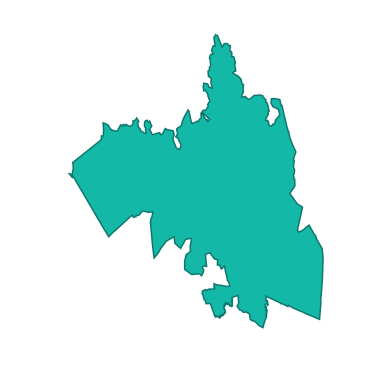 the district of Annenieku pag., Dobele, Latvia, rotated 79°
{"feature_id": "27541924B50154726334308", "entity_name": "Annenieku pag.", "entity_type": "district", "adm_level": 2, "iso_a3": "LVA", "parent_name": "Latvia", "parent_adm1": "Dobele", "projection": "equal_earth", "projection_center": [23.093, 56.636], "detail": "fine", "context": "isolated", "style": "filled", "palette": "teal", "viewbox_px": 384, "rotation_deg": 79, "n_neighbors": 0, "source": "geoboundaries", "source_scale": "gbopen_adm2", "svg_char_len": 6010}
<svg xmlns="http://www.w3.org/2000/svg" viewBox="0 0 384 384"><g transform="rotate(79 192 192)"><path d="M154.2,305.6L209.7,286.1L220.0,282.3L216.6,277.4L215.3,275.0L203.3,255.2L205.7,254.3L205.5,253.3L205.6,251.7L204.4,251.4L204.2,250.4L204.7,249.9L204.8,248.8L203.8,247.2L203.0,246.7L201.3,243.8L203.6,238.6L204.1,234.3L209.0,236.1L209.7,237.0L213.9,238.6L237.7,241.0L249.5,241.8L245.8,237.2L240.8,232.8L235.3,226.5L232.4,218.1L239.1,218.6L245.2,213.9L237.2,207.2L237.3,202.8L237.6,201.5L239.2,201.9L245.4,204.3L249.9,204.8L252.4,209.6L258.1,212.3L266.5,214.0L272.9,208.1L273.3,204.9L273.7,200.2L276.0,198.6L273.4,196.5L270.8,195.3L268.0,196.4L266.7,195.1L267.8,191.8L261.0,191.3L255.6,190.6L255.1,186.1L262.0,182.7L263.3,179.8L268.5,181.0L269.2,178.8L273.1,177.9L272.7,176.6L270.8,175.1L270.8,174.2L275.8,174.3L283.1,173.9L285.4,174.1L287.6,173.1L290.3,172.7L291.5,173.0L291.3,176.0L289.3,180.8L288.3,184.1L287.5,186.0L286.3,187.9L287.4,187.9L289.2,188.6L289.9,188.1L291.1,188.1L291.3,189.9L290.6,193.7L290.9,195.0L291.2,195.3L291.5,196.9L290.4,197.1L291.2,200.6L293.6,201.4L294.7,201.0L300.0,200.6L300.6,199.9L304.4,199.4L304.6,196.9L305.4,195.2L318.1,193.3L318.2,193.0L318.7,192.9L318.3,192.6L318.7,192.4L318.6,192.1L319.2,191.7L318.8,190.8L319.1,190.7L319.2,190.2L319.9,190.0L319.9,189.5L320.9,189.0L320.5,188.5L320.5,188.2L319.6,187.9L319.2,188.2L318.5,188.0L318.5,187.8L319.4,187.1L318.2,186.4L319.0,185.8L318.2,185.4L318.9,184.8L318.0,183.9L317.0,183.4L317.2,183.0L316.5,183.1L316.4,182.6L316.6,182.4L316.4,182.1L313.9,182.1L312.6,182.8L311.9,182.5L310.9,182.7L310.5,182.1L310.5,181.8L309.2,181.8L309.2,181.3L308.6,181.4L309.0,180.8L307.8,180.7L308.0,180.3L307.6,180.3L307.6,180.0L307.8,179.9L308.4,179.9L308.5,179.7L308.4,179.5L307.8,179.5L308.5,178.9L308.1,178.4L309.0,178.5L309.3,178.1L309.1,177.8L309.3,177.5L308.7,177.6L308.6,177.4L310.3,176.7L310.8,176.8L310.9,176.1L311.9,175.4L311.7,174.3L311.2,173.9L310.1,174.1L309.3,173.7L307.9,173.6L307.7,173.6L307.4,174.2L306.7,174.2L306.4,173.9L306.9,173.6L306.8,173.3L304.8,172.7L304.4,173.0L303.5,173.0L303.1,172.2L302.3,166.6L310.2,167.4L312.7,169.5L316.7,167.8L317.4,166.4L320.0,164.4L320.1,161.7L321.1,160.8L322.4,158.8L328.3,159.1L330.3,156.8L330.1,155.9L332.9,153.6L335.9,151.7L338.7,148.3L332.5,145.2L329.0,142.8L328.2,142.5L328.0,142.9L326.8,143.1L326.8,142.4L326.1,141.9L325.7,142.0L324.5,141.6L324.2,141.9L324.8,142.2L324.1,142.2L323.5,141.2L322.9,141.3L322.7,140.9L321.7,141.1L321.8,142.2L321.3,142.1L320.2,141.0L318.8,141.1L318.9,141.5L319.2,141.8L318.6,142.3L318.1,141.8L316.2,141.5L316.2,140.9L315.9,139.9L316.3,139.5L317.6,139.3L317.4,138.9L316.7,138.7L316.2,139.2L315.7,139.3L315.0,139.1L314.9,138.8L314.6,138.6L313.6,139.4L313.1,138.9L312.5,140.0L311.9,139.8L311.4,140.0L309.9,139.4L308.4,139.3L317.5,126.8L318.2,126.3L317.9,126.2L322.7,119.6L321.7,118.9L325.7,114.2L331.9,104.9L333.9,102.5L333.8,102.4L334.0,102.0L341.4,91.1L327.1,87.1L324.4,86.5L322.7,86.4L317.8,84.8L302.7,80.7L282.0,76.0L272.7,75.0L261.7,78.7L258.1,79.1L256.6,80.2L246.8,83.4L248.8,87.4L249.5,88.1L251.1,91.9L251.3,91.9L251.5,95.3L250.4,95.4L249.6,95.8L227.9,86.4L223.7,91.0L212.5,96.1L212.0,96.0L209.9,94.1L207.4,91.3L205.5,89.8L199.2,88.8L199.2,89.2L195.0,89.3L193.5,88.1L189.7,87.1L186.8,87.6L184.5,87.0L180.9,85.6L179.6,86.0L178.5,85.9L172.5,82.4L163.7,84.5L157.3,85.5L150.9,85.6L151.0,86.0L145.8,86.4L124.1,87.2L124.1,88.0L118.0,88.2L117.2,90.0L117.1,91.0L115.9,93.0L116.0,94.4L115.6,96.3L120.0,97.5L123.6,96.3L127.3,91.4L133.1,91.1L137.6,96.6L139.1,96.7L141.4,99.3L141.0,99.8L142.4,101.3L141.8,103.1L141.1,103.6L138.4,103.7L137.8,103.4L136.1,104.3L136.3,104.9L135.9,105.9L134.3,105.6L130.2,102.2L128.6,102.2L127.4,101.7L127.2,100.8L125.2,101.0L122.7,100.8L118.3,101.5L117.9,102.5L115.4,101.9L115.1,102.4L113.4,103.3L112.2,104.3L111.0,104.2L109.8,106.5L109.1,112.6L110.9,115.8L112.1,118.7L110.9,119.5L109.6,121.2L108.4,121.3L108.6,125.0L106.7,124.7L103.9,122.5L99.0,121.9L96.6,120.9L95.0,122.2L90.4,122.4L86.9,124.8L83.0,129.4L81.9,128.0L81.6,126.0L78.7,125.8L76.3,126.0L74.8,125.6L73.9,125.0L72.4,124.7L70.5,125.0L68.2,124.9L67.3,125.3L66.6,127.1L66.1,127.3L64.6,126.6L62.2,126.4L61.5,126.8L61.4,127.4L60.9,127.8L58.5,127.4L55.8,126.5L55.4,126.9L55.0,128.1L53.7,128.5L52.7,130.0L52.5,130.7L52.9,132.1L52.7,132.4L55.7,134.7L43.0,137.2L42.8,139.1L42.6,139.1L44.3,140.5L44.3,141.0L52.9,141.4L53.1,141.8L52.6,143.3L56.7,145.8L60.5,144.8L60.6,147.3L61.6,148.2L62.7,148.5L63.1,149.2L66.5,149.1L71.3,149.5L73.6,151.4L75.7,151.5L76.3,153.2L81.5,153.8L84.3,151.3L88.6,152.7L94.0,152.0L93.9,153.4L92.8,154.0L92.0,155.7L89.9,155.6L88.7,156.5L87.5,159.6L90.4,160.8L94.9,161.3L95.0,159.3L99.0,157.8L100.6,158.0L103.0,157.8L105.9,157.0L109.2,160.0L110.6,159.5L114.3,162.8L113.9,165.0L114.3,165.8L115.3,166.9L124.2,160.8L125.0,161.9L125.8,163.1L123.9,163.4L124.0,164.4L115.9,167.3L116.4,168.2L121.3,168.8L121.8,170.5L124.1,172.4L123.5,173.3L125.0,178.8L122.2,179.4L112.2,179.5L110.8,180.3L116.5,185.1L121.3,188.3L122.3,188.6L124.8,189.9L125.8,191.7L126.2,193.5L127.3,195.1L131.4,195.1L132.5,195.3L134.7,197.4L136.1,196.2L136.4,195.6L143.8,193.8L146.3,194.9L147.8,196.7L145.8,199.0L138.2,200.4L135.6,200.5L132.5,198.6L128.4,198.7L126.0,204.5L124.6,206.2L129.6,209.9L129.8,211.8L128.9,211.9L127.6,212.5L127.6,214.2L128.3,219.4L128.1,220.0L122.3,221.6L119.7,218.9L114.4,220.0L115.1,220.7L114.7,221.7L113.1,222.2L113.2,224.1L114.4,225.1L117.3,226.0L118.8,226.0L120.6,225.1L122.0,225.9L125.4,225.6L125.1,227.5L123.6,229.0L122.7,230.1L121.8,230.8L120.1,230.8L118.0,232.1L114.0,232.3L112.7,230.8L108.9,232.2L110.7,233.9L111.1,236.5L112.3,236.4L114.8,237.8L115.7,240.3L114.8,242.0L113.0,243.9L114.0,244.6L112.6,246.6L114.1,247.7L113.0,248.5L112.5,249.3L118.0,253.7L117.1,256.4L116.3,257.7L116.7,258.3L113.6,260.4L110.4,261.5L108.7,263.6L107.2,266.1L113.4,266.8L119.9,268.3L119.7,270.3L122.2,270.5L123.9,272.0L140.4,303.6L142.6,303.5L146.9,304.2L148.1,305.0L152.4,306.3L150.7,308.4L150.6,309.0L155.0,306.7L154.2,305.6Z" fill="#14b8a6" stroke="#0f766e" stroke-width="1.5"/></g></svg>